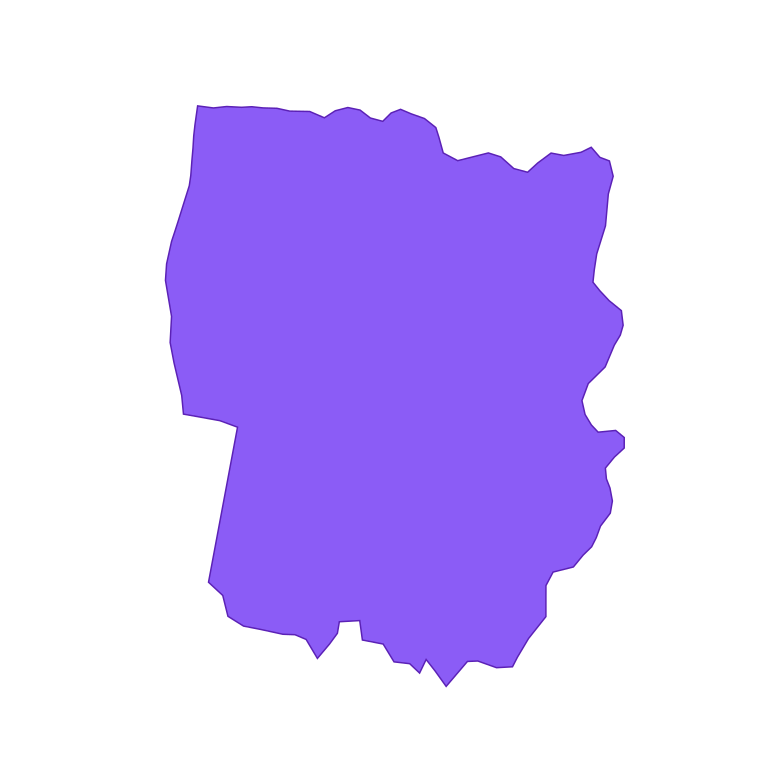 Frei Miguelinho, Pernambuco, Brazil, rotated 285°
{"feature_id": "56859067B30384170983648", "entity_name": "Frei Miguelinho", "entity_type": "district", "adm_level": 2, "iso_a3": "BRA", "parent_name": "Brazil", "parent_adm1": "Pernambuco", "projection": "orthographic", "projection_center": [-35.879, -7.933], "detail": "fine", "context": "isolated", "style": "filled", "palette": "violet", "viewbox_px": 768, "rotation_deg": 285, "n_neighbors": 0, "source": "geoboundaries", "source_scale": "gbopen_adm2", "svg_char_len": 1575}
<svg xmlns="http://www.w3.org/2000/svg" viewBox="0 0 768 768"><g transform="rotate(285 384 384)"><path d="M290.5,628.8L302.8,629.9L317.8,636.0L330.1,634.9L342.0,629.2L349.9,623.4L360.1,619.6L373.1,625.5L384.3,632.6L394.5,629.9L399.1,619.8L392.9,603.3L398.1,594.9L406.6,586.1L419.2,579.5L437.3,581.2L457.7,593.2L481.1,596.4L492.4,599.6L502.6,599.8L516.3,594.3L522.8,579.8L529.9,568.4L536.4,559.5L548.5,557.6L564.7,555.8L594.1,557.0L625.6,551.5L644.0,551.6L657.8,544.0L658.8,533.9L666.3,522.9L658.8,514.3L651.3,498.5L650.3,485.6L637.3,475.3L625.7,467.9L625.7,453.6L633.6,438.0L634.2,425.0L618.8,397.4L622.5,381.4L636.5,373.2L645.1,367.7L650.9,354.4L652.0,340.3L653.6,328.9L647.6,320.7L637.4,314.8L637.4,302.0L642.4,290.0L641.7,277.5L635.3,266.2L625.7,257.5L628.0,241.7L623.2,222.4L622.6,209.3L619.4,195.8L617.6,184.5L614.4,174.8L611.3,160.2L606.5,147.8L604.4,132.0L585.6,134.3L574.4,136.0L562.1,138.5L550.2,140.6L535.4,143.4L525.1,144.6L501.6,143.6L487.0,143.0L477.0,142.5L466.7,141.9L443.8,142.9L427.5,146.1L394.3,161.3L368.7,166.7L349.9,175.8L320.5,191.6L303.0,198.1L306.1,234.8L304.4,253.7L147.1,265.8L138.0,283.0L119.2,293.4L113.8,311.0L115.0,328.3L116.1,351.1L118.8,362.9L117.1,374.9L101.7,390.7L118.8,398.7L131.1,403.5L142.8,402.4L149.2,421.8L131.1,429.4L132.6,450.5L118.2,465.6L120.5,481.2L114.0,493.2L128.8,496.0L119.9,507.8L108.0,522.3L137.6,536.4L140.7,546.3L139.1,566.1L144.1,581.3L154.7,583.6L175.6,589.5L201.2,600.6L220.6,595.4L231.2,592.6L246.1,596.0L256.3,614.3L270.2,620.6L280.5,626.7L290.5,628.8Z" fill="#8b5cf6" stroke="#5b21b6" stroke-width="1.5"/></g></svg>